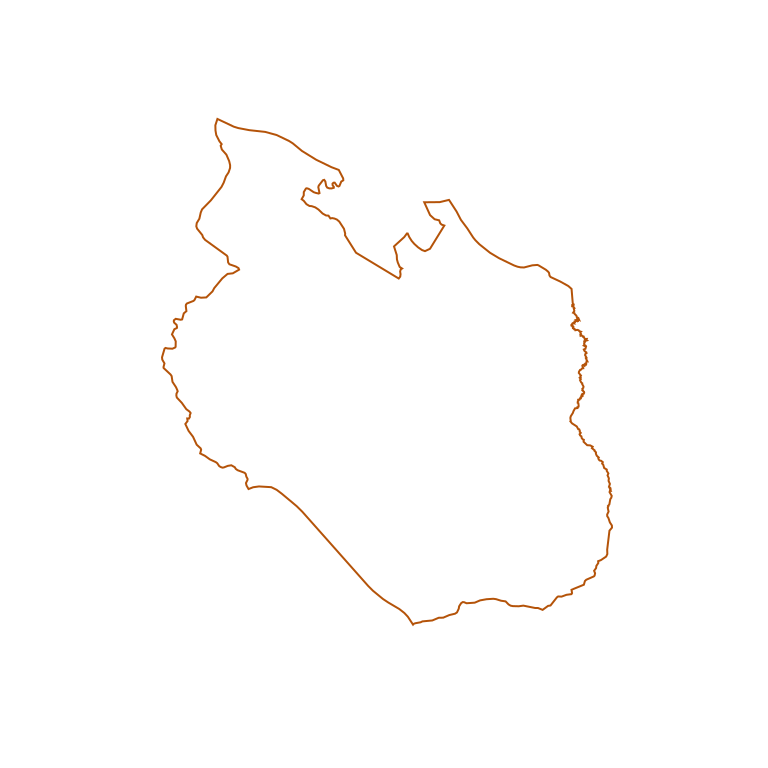 Chetr Borei, Krâchéh, Cambodia, rotated 121°
{"feature_id": "14789045B88905029320909", "entity_name": "Chetr Borei", "entity_type": "district", "adm_level": 2, "iso_a3": "KHM", "parent_name": "Cambodia", "parent_adm1": "Krâchéh", "projection": "equal_earth", "projection_center": [106.168, 12.563], "detail": "fine", "context": "isolated", "style": "outline", "palette": "amber", "viewbox_px": 768, "rotation_deg": 121, "n_neighbors": 0, "source": "geoboundaries", "source_scale": "gbopen_adm2", "svg_char_len": 6166}
<svg xmlns="http://www.w3.org/2000/svg" viewBox="0 0 768 768"><g transform="rotate(121 384 384)"><path d="M347.1,624.2L349.9,616.5L351.5,614.6L352.6,611.6L354.9,584.9L355.5,583.7L360.1,580.2L361.0,578.2L359.6,571.5L359.6,568.4L360.6,567.1L367.0,570.6L370.2,574.8L376.7,577.0L389.2,578.9L392.9,578.7L401.3,580.9L404.3,585.3L405.8,590.0L409.6,589.7L410.9,590.1L416.5,594.4L418.0,594.6L419.2,594.1L423.3,590.9L426.6,592.0L432.6,590.3L433.6,591.3L435.4,596.1L437.6,596.9L438.8,596.3L439.5,595.4L440.1,592.3L441.8,590.7L442.7,590.4L445.0,591.9L450.7,591.3L452.8,587.2L454.7,584.5L459.4,581.8L460.2,581.8L462.7,583.5L465.0,587.8L465.6,589.8L466.7,590.3L475.5,588.0L477.3,586.6L479.4,582.8L483.1,581.7L483.8,581.1L485.8,571.8L486.6,570.1L491.1,566.4L493.9,560.6L495.5,558.3L496.5,557.1L499.2,556.9L500.9,556.0L502.3,554.6L504.3,547.6L507.4,540.5L507.8,536.5L508.5,534.8L510.8,534.4L512.3,533.4L514.1,533.4L514.9,534.9L516.9,533.3L520.6,533.7L524.8,527.4L527.6,520.5L532.5,513.3L533.6,508.0L534.5,506.9L538.2,505.8L537.8,500.3L538.3,494.5L537.6,487.9L537.8,486.1L539.2,483.1L539.3,481.4L538.9,479.4L538.0,478.3L534.6,475.7L532.3,473.0L532.2,469.0L533.1,467.4L533.3,465.1L531.9,457.7L532.4,456.1L534.3,454.3L535.5,452.2L536.4,451.6L540.0,451.3L541.8,449.6L543.8,446.0L539.9,443.0L536.2,438.4L530.5,427.5L530.0,421.5L530.7,415.0L533.7,395.9L535.6,388.1L565.3,293.4L566.9,287.0L568.8,274.2L569.1,267.8L569.0,255.0L569.8,248.6L571.2,243.7L575.3,235.2L574.4,235.1L573.0,234.0L569.4,229.9L567.7,228.8L561.8,220.8L556.2,216.7L553.8,212.9L548.4,209.0L544.3,204.8L542.2,203.8L538.1,204.2L535.9,205.1L532.1,205.0L530.4,204.2L529.8,203.0L529.4,200.3L524.7,193.6L520.0,190.2L515.7,185.3L511.8,179.7L510.7,177.1L509.5,172.1L507.7,167.8L508.8,163.7L508.8,161.3L508.0,159.1L505.1,154.0L502.2,150.4L498.2,139.2L496.7,136.6L495.9,131.7L489.7,129.1L488.1,127.2L477.8,125.9L476.4,125.3L474.8,122.3L470.7,119.0L467.6,115.1L466.4,115.1L463.8,117.3L453.1,109.3L449.4,110.3L447.6,109.8L440.8,105.0L439.8,104.8L437.5,105.6L435.9,107.7L432.6,107.4L430.5,108.3L427.1,108.1L425.6,109.2L423.3,107.4L417.5,104.7L414.7,105.0L411.0,107.4L393.6,115.2L389.7,114.6L387.9,115.8L386.3,119.1L383.3,122.6L382.3,124.6L380.9,125.5L377.7,125.8L375.6,127.8L374.4,128.7L373.5,128.6L373.1,129.2L371.2,128.8L366.2,130.7L364.4,130.6L362.6,131.2L360.5,135.0L359.0,135.4L358.7,134.7L357.5,136.3L357.2,135.8L356.6,136.3L356.3,138.2L353.3,138.9L351.4,141.6L349.0,142.7L347.2,145.3L345.1,145.6L343.7,148.4L342.6,149.0L342.6,152.0L340.2,154.6L339.9,156.0L338.3,156.2L338.0,158.3L338.5,159.8L338.1,161.1L337.1,162.2L336.4,162.1L335.9,164.7L334.6,166.5L333.4,167.1L332.9,169.1L332.4,169.3L331.9,172.8L330.3,172.8L330.4,175.6L331.8,178.3L330.7,183.2L328.9,184.0L329.1,185.1L328.5,186.7L327.2,187.8L327.1,189.3L326.3,190.5L324.6,190.2L324.1,191.7L323.3,192.0L322.3,193.3L322.7,194.2L321.1,196.9L320.9,202.6L320.0,205.0L319.5,204.9L317.1,206.8L315.4,207.3L311.5,207.2L309.7,207.6L306.5,207.7L305.0,205.8L304.3,206.3L303.5,205.6L302.6,205.8L300.4,207.5L300.4,208.3L298.9,209.0L298.0,208.7L297.4,209.4L296.4,208.3L295.5,208.6L294.9,207.9L294.2,208.5L293.4,208.1L292.9,208.6L292.0,207.6L291.1,208.1L291.1,208.9L290.3,208.9L289.5,207.8L288.4,207.9L287.7,208.5L287.3,210.6L286.8,210.5L286.1,211.5L284.6,211.2L283.4,211.7L282.0,214.1L281.3,214.4L281.1,215.8L279.7,218.0L278.4,217.8L277.9,219.4L276.8,218.9L276.1,219.8L275.3,219.6L274.2,222.7L273.1,223.2L271.0,223.2L270.7,222.7L268.4,222.1L267.9,221.4L266.2,223.4L265.5,223.4L264.8,222.8L265.1,221.4L263.9,221.5L263.5,220.8L262.9,220.9L262.7,221.9L261.9,221.4L260.1,222.1L259.8,221.4L257.9,224.3L257.2,223.9L255.6,226.6L254.1,226.9L253.3,226.3L252.7,226.8L252.4,229.2L251.5,230.5L250.1,229.5L247.9,230.1L248.1,232.2L247.3,231.7L247.3,232.5L246.5,233.2L244.8,233.4L244.8,234.1L244.2,234.4L242.1,232.5L242.0,233.4L241.0,233.5L242.1,235.1L240.9,236.6L241.1,237.3L240.5,237.6L240.8,238.6L240.5,239.7L241.4,240.4L240.3,241.3L239.4,241.2L238.5,242.6L237.8,242.3L238.1,243.9L237.7,244.9L238.1,246.3L239.4,247.7L238.8,248.5L239.1,249.2L238.6,249.6L238.9,250.8L238.3,251.3L237.4,251.2L236.9,252.4L237.5,253.2L237.0,253.8L235.0,253.6L234.3,252.4L234.1,253.2L233.1,252.6L232.5,252.8L232.3,252.2L230.9,252.6L230.7,250.5L230.0,250.0L229.5,250.1L229.7,251.8L229.2,251.3L228.8,251.9L228.3,251.6L228.3,250.1L227.3,251.5L227.4,253.2L226.3,254.3L225.8,256.6L225.2,257.2L225.5,258.6L223.3,258.5L221.5,260.3L220.9,259.9L220.2,261.6L220.5,262.7L219.6,263.2L219.3,261.9L218.1,262.4L218.2,263.1L217.3,264.0L205.9,272.2L205.1,276.4L205.4,285.8L206.5,296.3L205.8,298.0L203.8,299.7L203.2,301.1L202.7,304.1L202.7,312.5L202.9,313.8L205.9,318.0L212.0,324.0L213.7,327.1L214.7,330.0L215.4,333.6L216.9,350.1L216.9,360.7L215.1,374.2L213.7,379.7L212.5,383.0L207.7,392.8L203.7,402.6L198.8,410.6L192.7,423.1L199.4,429.9L207.5,443.1L215.5,431.5L216.7,425.5L215.3,421.0L217.3,418.5L217.7,416.7L217.1,413.9L244.4,414.2L249.0,417.3L249.6,420.4L249.3,425.2L248.3,430.2L247.1,433.9L245.0,438.1L242.8,441.2L243.2,441.9L247.6,442.3L260.9,446.3L266.9,439.5L270.5,437.1L272.8,434.7L275.6,430.8L275.7,428.0L277.1,428.7L279.3,428.1L281.3,426.4L283.6,425.4L286.0,425.7L285.9,475.6L276.6,494.0L275.0,494.8L271.6,498.2L267.8,506.0L267.3,509.1L267.7,511.7L268.5,513.9L269.7,515.2L268.3,518.3L269.4,520.5L269.5,524.4L268.2,530.0L268.0,533.9L268.8,537.6L269.8,539.6L269.8,543.1L268.3,547.1L268.0,549.8L263.7,549.9L260.8,551.6L256.7,551.6L256.0,551.0L255.5,549.0L255.8,543.1L255.3,540.8L254.4,538.1L253.6,537.6L249.1,541.7L247.6,542.1L240.8,541.3L239.8,540.4L240.6,538.6L244.0,535.6L244.9,533.8L244.5,531.7L243.4,529.7L241.7,528.1L240.9,528.5L240.1,530.4L238.8,531.3L237.5,531.0L236.8,530.0L238.4,526.3L238.1,524.7L237.2,524.2L232.5,524.9L230.4,523.8L229.6,524.3L228.8,524.9L223.8,533.0L225.2,540.7L226.7,557.6L226.5,574.3L224.7,586.2L224.6,590.4L225.9,604.3L229.1,615.7L235.8,630.2L239.7,640.8L240.8,645.3L242.6,663.3L249.1,661.8L253.5,659.0L257.0,656.0L260.7,650.1L262.0,646.7L263.9,646.7L266.5,643.8L268.6,637.2L272.7,631.5L275.7,628.6L278.1,627.2L282.7,626.2L287.4,626.4L294.0,625.1L298.8,624.8L315.8,627.0L328.0,629.9L331.4,629.4L337.4,627.4L342.5,627.4L345.5,626.1L347.1,624.2Z" fill="none" stroke="#b45309" stroke-width="2"/></g></svg>